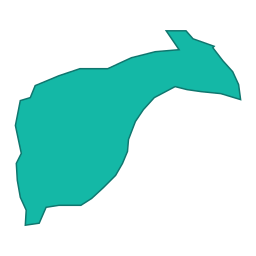 Agioi Trimithias, Nicosia, Cyprus
{"feature_id": "46923920B49674797191494", "entity_name": "Agioi Trimithias", "entity_type": "district", "adm_level": 2, "iso_a3": "CYP", "parent_name": "Cyprus", "parent_adm1": "Nicosia", "projection": "orthographic", "projection_center": [33.238, 35.108], "detail": "fine", "context": "isolated", "style": "filled", "palette": "teal", "viewbox_px": 256, "rotation_deg": 0, "n_neighbors": 0, "source": "geoboundaries", "source_scale": "gbopen_adm2", "svg_char_len": 629}
<svg xmlns="http://www.w3.org/2000/svg" viewBox="0 0 256 256"><path d="M214.1,46.3L193.0,38.8L186.0,30.8L166.2,30.8L179.1,49.7L155.3,51.7L131.5,57.7L120.6,62.7L107.7,68.7L93.8,68.7L79.9,68.7L59.0,75.7L35.2,85.6L30.3,97.6L20.3,100.6L15.4,125.5L21.3,153.4L16.3,163.4L17.3,180.3L20.3,197.3L26.2,210.2L25.3,225.2L39.2,223.2L46.1,207.3L59.0,205.3L80.9,205.3L91.8,198.3L103.7,187.3L115.6,175.4L122.5,163.4L127.5,151.4L128.5,139.5L135.4,121.5L143.4,109.6L154.3,97.6L175.1,86.6L187.0,89.6L200.9,91.6L220.8,93.6L240.6,99.6L238.6,84.6L232.7,71.7L222.8,60.7L212.8,47.7L214.1,46.3Z" fill="#14b8a6" stroke="#0f766e" stroke-width="1.5"/></svg>